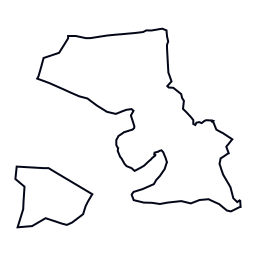 the district of Al Misrakh, Ta`izz, Yemen, rotated 180°
{"feature_id": "15242507B98966668539827", "entity_name": "Al Misrakh", "entity_type": "district", "adm_level": 2, "iso_a3": "YEM", "parent_name": "Yemen", "parent_adm1": "Ta`izz", "projection": "orthographic", "projection_center": [44.032, 13.47], "detail": "fine", "context": "isolated", "style": "outline", "palette": "ink", "viewbox_px": 256, "rotation_deg": 180, "n_neighbors": 0, "source": "geoboundaries", "source_scale": "gbopen_adm2", "svg_char_len": 3122}
<svg xmlns="http://www.w3.org/2000/svg" viewBox="0 0 256 256"><g transform="rotate(180 128 128)"><path d="M23.7,116.7L33.3,123.0L34.2,123.4L39.0,126.0L39.7,126.5L43.0,134.7L42.7,135.0L43.4,135.2L44.0,134.4L44.2,134.6L44.1,135.5L49.9,135.8L51.5,135.1L53.2,133.8L54.4,132.9L56.8,133.9L59.6,133.3L60.7,131.0L62.7,132.0L62.7,132.6L62.7,133.8L62.7,134.6L62.7,135.3L62.7,135.9L64.9,138.7L69.4,143.6L73.0,147.1L72.1,155.2L73.9,158.0L74.8,161.9L82.7,168.2L87.3,168.5L88.7,169.9L84.5,174.6L85.4,177.3L87.2,182.3L87.6,183.3L88.0,189.8L88.1,191.8L88.5,199.0L88.5,199.6L88.6,200.7L89.0,208.6L89.0,209.9L89.0,211.2L87.8,214.5L89.0,219.7L89.0,219.9L89.2,222.1L89.5,225.6L92.0,226.6L92.4,226.8L93.8,227.3L95.6,227.0L95.9,227.0L99.7,226.3L101.6,226.0L104.5,225.5L109.7,225.6L112.9,224.0L114.2,223.8L121.9,222.9L122.4,222.9L123.2,222.8L126.6,222.5L131.0,222.1L134.3,221.8L138.0,221.5L139.4,221.4L139.5,221.4L147.5,220.6L147.9,220.6L157.2,219.2L164.1,218.1L165.7,217.9L165.8,217.9L166.0,217.9L167.8,217.9L170.4,217.9L174.5,218.8L175.2,218.9L175.4,219.0L177.6,219.4L180.0,220.0L180.4,220.0L184.9,220.0L187.9,220.0L187.9,217.6L189.9,214.4L191.5,211.8L196.9,203.2L206.4,200.0L212.4,198.0L214.9,188.8L217.5,179.7L218.8,177.4L211.7,174.8L210.5,174.4L209.6,174.0L207.7,173.3L207.3,173.2L205.7,172.5L192.8,166.8L189.7,165.4L185.1,163.3L176.8,159.7L168.5,157.5L165.1,154.9L159.3,150.6L157.9,149.7L152.6,146.4L148.9,144.1L147.5,143.8L145.3,143.3L144.6,143.1L140.1,142.1L133.2,144.9L131.2,145.6L130.2,146.0L129.6,146.2L124.5,146.9L122.5,145.2L125.1,140.5L123.6,135.8L123.1,134.3L121.6,129.5L121.7,129.0L121.9,127.9L123.5,126.4L124.9,126.0L131.5,123.9L132.2,123.7L132.5,123.4L133.0,123.0L135.7,121.2L137.5,120.0L138.1,118.9L139.0,117.2L139.7,116.0L139.7,111.1L139.3,110.2L138.2,108.1L138.0,107.7L137.9,107.7L138.2,105.8L138.3,105.1L137.2,102.4L136.0,99.5L135.7,98.9L134.7,97.9L131.3,91.9L129.3,89.8L124.5,87.9L121.4,85.1L115.7,88.1L111.9,90.3L106.5,95.4L105.3,96.3L104.3,97.5L104.2,97.6L104.0,97.9L100.8,100.4L100.6,101.1L100.9,101.4L101.4,100.9L101.8,101.5L101.4,103.4L97.7,104.3L96.9,105.0L94.5,105.7L92.8,103.8L90.9,99.2L90.6,98.6L90.5,98.3L90.2,97.5L90.2,97.3L89.0,93.6L89.3,93.3L91.4,86.8L92.7,85.0L95.9,80.3L97.1,78.9L99.8,76.0L102.1,71.9L111.8,67.6L113.1,67.0L122.4,64.1L123.3,62.9L124.3,61.5L124.3,61.3L123.9,60.1L122.3,55.9L120.0,55.3L113.0,53.6L112.2,53.4L104.1,53.2L96.1,52.0L89.6,53.2L87.6,53.5L82.1,54.1L74.7,54.9L65.2,52.6L56.4,56.0L50.6,56.5L47.4,56.8L47.3,56.7L43.5,54.9L37.5,52.2L37.0,52.0L34.2,49.7L29.1,45.5L28.3,45.3L25.3,44.6L24.7,44.8L23.2,45.5L16.6,48.8L15.4,49.0L15.8,55.2L16.5,55.6L18.7,53.9L22.7,57.8L25.5,68.7L27.3,71.9L28.1,73.2L30.5,77.3L30.7,77.7L32.2,80.2L32.6,81.0L32.9,81.5L33.0,81.7L33.1,81.9L33.7,83.9L34.3,85.4L35.8,90.2L36.5,92.2L36.4,92.4L36.1,93.9L36.1,94.3L35.9,94.8L35.4,97.6L33.0,99.1L30.3,100.9L28.2,102.4L27.3,102.7L29.7,109.3L23.7,116.7ZM239.3,89.4L240.6,77.0L231.5,69.3L232.5,53.9L232.8,46.8L238.4,28.7L223.9,29.9L210.4,37.8L193.8,32.3L189.1,31.1L184.0,33.4L172.9,41.8L170.4,49.8L168.1,54.4L163.7,61.8L202.2,84.7L207.5,87.9L213.0,87.9L239.3,89.4Z" fill="none" stroke="#020617" stroke-width="2"/></g></svg>